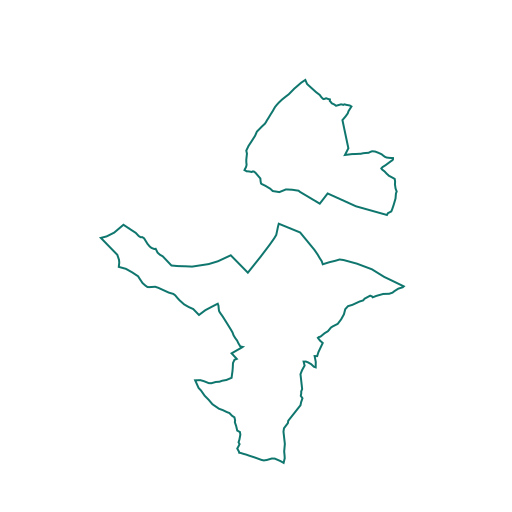 Njaba, Imo, Nigeria (orthographic projection), rotated 211°
{"feature_id": "59680162B71691370147242", "entity_name": "Njaba", "entity_type": "district", "adm_level": 2, "iso_a3": "NGA", "parent_name": "Nigeria", "parent_adm1": "Imo", "projection": "orthographic", "projection_center": [7.004, 5.713], "detail": "fine", "context": "isolated", "style": "outline", "palette": "teal", "viewbox_px": 512, "rotation_deg": 211, "n_neighbors": 0, "source": "geoboundaries", "source_scale": "gbopen_adm2", "svg_char_len": 4222}
<svg xmlns="http://www.w3.org/2000/svg" viewBox="0 0 512 512"><g transform="rotate(211 256 256)"><path d="M230.3,298.9L253.1,295.4L252.3,292.6L249.5,284.5L249.5,280.6L250.1,272.4L251.7,257.6L254.4,237.5L278.0,243.6L285.9,231.9L292.4,224.7L305.3,214.0L310.9,211.0L317.8,207.1L323.6,204.3L335.8,207.7L339.0,207.6L342.1,208.2L345.7,210.5L346.8,209.6L349.7,209.1L352.0,209.4L355.2,210.5L361.0,213.5L363.2,213.6L364.5,212.7L366.7,212.7L371.0,213.9L376.8,214.1L385.7,214.5L389.6,203.0L394.1,195.9L398.3,191.6L375.5,185.6L371.5,182.2L369.8,179.9L368.0,176.0L360.9,178.0L353.6,178.2L346.6,177.9L344.7,176.9L339.4,174.4L335.7,173.7L333.1,173.5L331.5,174.3L326.6,177.7L323.5,178.4L316.4,179.2L311.9,179.7L307.4,180.9L305.0,180.7L301.9,179.6L298.9,178.7L292.7,177.5L287.5,177.6L282.5,178.2L274.5,176.1L271.5,183.5L267.7,189.8L264.8,194.5L264.2,195.4L262.5,194.0L261.7,192.8L261.4,192.5L261.0,191.9L260.0,190.6L259.0,189.6L257.5,188.8L253.4,187.0L244.7,182.6L239.5,179.9L236.8,178.4L234.3,176.4L231.4,174.9L228.7,173.8L226.1,172.1L222.9,170.4L220.6,171.2L221.0,170.3L223.6,165.7L226.8,160.0L219.5,157.9L221.0,155.9L220.6,152.4L218.5,148.5L217.0,145.5L214.2,139.0L217.5,134.5L220.7,131.7L222.6,129.4L225.6,127.3L228.8,123.9L231.0,122.7L236.1,121.9L239.8,120.9L241.5,119.8L244.1,118.1L237.2,113.3L233.9,112.4L228.1,109.8L222.6,108.4L217.0,106.5L209.1,106.0L205.1,106.8L200.6,107.2L197.9,107.7L194.2,106.7L191.4,106.6L189.3,104.4L188.5,102.6L185.4,100.0L182.2,96.7L179.1,96.8L177.4,94.8L175.7,90.2L175.0,87.3L173.2,86.3L173.0,84.1L172.9,81.3L169.8,79.5L169.1,78.7L167.6,79.3L165.0,79.9L161.8,80.8L158.7,81.4L153.6,82.6L150.6,83.2L146.4,84.0L144.0,84.8L141.6,86.8L138.2,90.5L135.6,92.0L129.5,92.8L125.8,92.9L127.2,97.4L128.7,99.6L131.2,103.0L132.4,105.5L134.5,109.8L142.0,119.6L143.3,122.8L142.6,129.2L143.5,131.4L141.0,151.0L142.0,153.8L142.9,158.0L145.6,159.2L146.5,161.6L147.5,163.2L147.9,165.7L157.0,177.6L157.7,181.8L157.9,187.1L160.8,190.0L158.9,191.2L156.8,191.6L153.0,191.7L149.3,190.9L147.5,191.3L150.3,196.1L154.2,200.4L152.0,201.7L153.0,205.8L154.0,215.8L157.4,216.4L160.8,217.7L160.4,218.9L159.2,220.1L157.4,225.2L155.6,228.6L154.9,233.3L153.9,235.3L151.0,239.9L150.4,245.5L150.6,251.3L152.1,256.4L151.3,260.4L148.2,263.8L143.8,270.3L141.3,273.1L140.9,275.4L137.7,280.8L135.6,281.1L134.7,280.7L132.2,283.9L127.4,289.0L122.4,292.2L120.1,294.9L119.3,297.1L117.2,301.3L114.1,304.8L113.7,306.1L130.2,304.6L135.3,304.1L149.8,304.3L165.6,301.4L178.7,297.7L182.5,296.1L185.7,292.6L189.8,288.6L194.5,283.3L197.0,285.4L200.3,287.0L203.9,289.0L209.2,291.4L230.3,298.9ZM304.4,432.3L306.5,427.9L309.4,419.1L311.2,411.5L312.6,408.0L314.3,403.4L315.5,399.0L316.1,395.9L316.4,393.7L316.4,392.8L316.4,391.0L316.3,389.4L316.4,385.2L316.4,380.5L316.5,377.8L316.4,376.1L316.5,374.0L317.7,369.8L318.8,365.1L319.3,363.1L318.7,358.5L318.8,354.8L318.9,351.3L319.1,346.6L318.6,341.3L316.5,339.1L313.9,333.5L312.6,331.4L311.1,329.4L310.6,328.0L310.3,326.7L310.3,325.1L310.1,323.7L308.7,323.8L307.6,323.8L306.6,324.4L305.4,324.9L304.4,325.3L302.9,325.8L302.5,326.7L301.5,327.3L299.4,327.1L292.2,324.7L290.6,322.5L289.2,320.9L288.5,320.6L284.1,321.0L278.4,321.0L275.1,320.3L268.9,322.8L264.6,328.5L259.2,331.4L253.1,333.9L251.5,333.6L228.3,333.7L226.8,346.5L195.9,350.1L164.9,358.6L165.0,360.6L163.0,363.9L163.4,366.5L164.3,370.6L166.0,377.1L168.3,381.8L168.6,383.7L171.2,385.8L173.8,389.0L175.2,391.6L176.8,393.5L178.2,393.5L180.4,393.4L182.6,393.3L183.6,393.2L184.4,393.5L186.2,393.8L189.3,394.7L192.6,395.1L193.7,395.6L193.3,397.5L192.5,399.0L191.7,400.6L190.1,404.5L189.1,406.9L188.4,408.4L188.4,409.5L189.0,410.5L192.2,408.8L194.7,407.7L196.5,407.4L198.7,407.6L200.7,407.9L204.2,407.5L207.7,406.9L210.4,405.6L211.4,404.4L212.7,402.4L215.9,400.2L217.5,398.9L218.8,397.6L220.4,396.6L223.2,394.7L226.2,392.8L231.8,388.4L232.3,395.9L251.9,417.0L251.1,421.9L250.8,425.5L251.3,427.8L251.2,433.3L253.2,433.3L254.5,432.8L256.4,432.1L258.4,431.5L259.0,430.5L260.8,430.0L261.4,429.6L262.8,428.1L264.2,426.6L264.8,426.0L266.8,426.2L269.8,425.9L270.8,426.4L272.6,426.9L273.3,428.3L274.8,427.8L277.2,427.3L278.2,425.9L279.1,425.2L281.5,425.7L284.4,426.9L289.0,427.4L299.7,429.5L300.9,429.8L304.4,432.3Z" fill="none" stroke="#0f766e" stroke-width="2"/></g></svg>